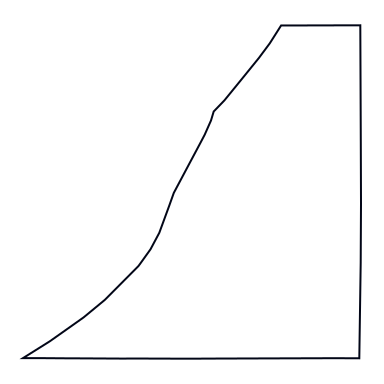 outline of Berrien, Michigan, United States of America
{"feature_id": "52423323B94823844405741", "entity_name": "Berrien", "entity_type": "district", "adm_level": 2, "iso_a3": "USA", "parent_name": "United States of America", "parent_adm1": "Michigan", "projection": "robinson", "projection_center": [-86.545, 42.001], "detail": "fine", "context": "isolated", "style": "outline", "palette": "ink", "viewbox_px": 384, "rotation_deg": 0, "n_neighbors": 0, "source": "geoboundaries", "source_scale": "gbopen_adm2", "svg_char_len": 626}
<svg xmlns="http://www.w3.org/2000/svg" viewBox="0 0 384 384"><path d="M359.3,358.3L360.7,262.7L361.0,203.6L360.8,143.7L360.3,25.3L281.1,25.5L269.8,43.3L260.2,56.2L259.1,57.7L240.7,80.4L224.4,100.4L213.7,111.5L211.0,120.5L204.7,134.7L200.5,142.7L187.4,167.3L173.8,192.9L169.2,205.8L159.7,231.7L159.3,232.8L150.5,249.3L140.4,263.4L138.4,266.1L104.8,299.9L83.6,317.4L49.8,341.3L23.0,358.1L23.7,358.1L28.0,358.1L34.5,358.1L36.1,358.1L36.6,358.1L64.5,358.3L66.1,358.3L67.0,358.3L126.1,358.6L126.8,358.5L191.9,358.7L194.6,358.7L204.5,358.6L333.3,358.2L337.2,358.2L359.3,358.3Z" fill="none" stroke="#020617" stroke-width="2"/></svg>